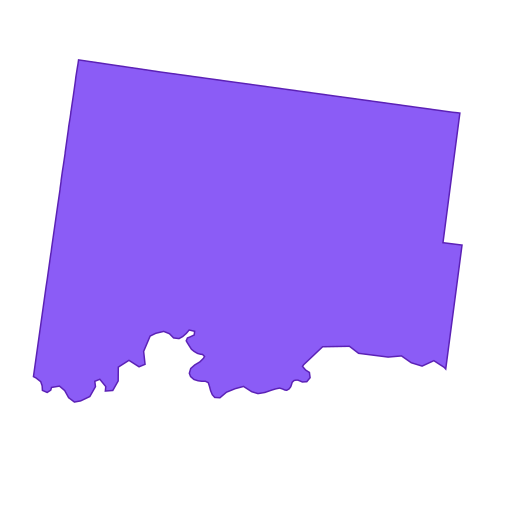 Williams, North Dakota, United States of America, rotated 8°
{"feature_id": "52423323B9196090230965", "entity_name": "Williams", "entity_type": "district", "adm_level": 2, "iso_a3": "USA", "parent_name": "United States of America", "parent_adm1": "North Dakota", "projection": "orthographic", "projection_center": [-103.614, 48.296], "detail": "fine", "context": "isolated", "style": "filled", "palette": "violet", "viewbox_px": 512, "rotation_deg": 8, "n_neighbors": 0, "source": "geoboundaries", "source_scale": "gbopen_adm2", "svg_char_len": 1889}
<svg xmlns="http://www.w3.org/2000/svg" viewBox="0 0 512 512"><g transform="rotate(8 256 256)"><path d="M438.0,86.1L435.0,86.1L430.8,86.3L135.5,87.1L53.0,86.5L53.0,90.0L53.0,90.7L52.9,93.4L52.7,104.0L52.8,107.8L52.8,122.2L52.7,133.8L52.7,137.9L52.6,138.3L52.7,140.7L52.7,144.7L52.5,153.7L52.6,156.6L52.6,170.2L52.6,177.3L52.6,177.5L52.6,180.1L52.7,180.8L52.6,193.3L52.5,198.3L52.5,208.5L52.6,209.1L52.6,216.5L52.7,216.8L52.6,232.8L52.5,275.7L52.5,276.5L52.6,281.0L52.5,281.8L52.5,283.4L52.5,307.2L52.5,307.9L52.4,316.0L52.4,322.0L52.4,406.4L55.2,407.4L60.3,410.4L62.3,414.3L63.2,418.8L68.2,420.2L71.4,417.4L71.8,414.6L79.5,412.2L85.3,415.9L90.2,422.4L96.5,425.9L102.5,423.9L111.0,418.3L115.2,407.7L113.8,402.5L118.5,399.8L125.4,406.2L125.6,410.7L132.9,409.1L136.9,398.9L135.1,385.2L144.7,377.0L155.6,382.0L161.2,378.7L158.0,366.1L162.3,350.0L167.5,346.5L175.1,343.5L181.1,345.0L185.8,348.6L191.3,348.5L194.6,346.0L197.7,342.4L200.1,338.6L205.7,339.1L205.8,342.8L202.0,345.3L199.5,346.7L198.7,349.7L200.0,351.4L202.7,354.6L205.0,357.3L208.0,359.1L211.6,360.6L214.8,361.0L216.7,360.9L219.0,362.6L218.3,364.5L215.1,368.7L210.5,372.4L207.0,376.5L206.3,381.4L208.0,384.5L211.7,386.9L215.8,387.6L219.7,387.6L223.4,387.1L226.4,388.1L228.2,391.9L229.8,395.7L232.0,399.4L234.8,401.8L240.0,401.4L245.7,395.0L253.8,390.3L261.8,386.9L270.7,391.0L277.1,392.0L280.0,391.1L283.8,389.9L286.9,388.3L290.2,386.6L294.1,384.8L297.8,383.5L300.8,384.0L303.3,384.7L305.1,384.7L307.3,383.0L308.6,380.6L309.1,378.1L309.4,376.0L311.0,374.0L312.7,373.4L314.8,373.1L316.9,373.6L319.4,374.3L323.8,373.4L326.5,369.0L325.1,363.9L321.0,362.0L317.4,358.8L318.4,356.9L334.6,336.6L361.1,332.4L371.1,338.1L378.3,338.0L400.9,337.7L414.0,334.7L424.6,340.1L435.8,341.9L446.7,334.9L457.9,340.1L459.6,341.5L458.9,261.0L458.5,216.5L439.3,216.8L438.4,129.7L438.0,86.1Z" fill="#8b5cf6" stroke="#5b21b6" stroke-width="1.5"/></g></svg>